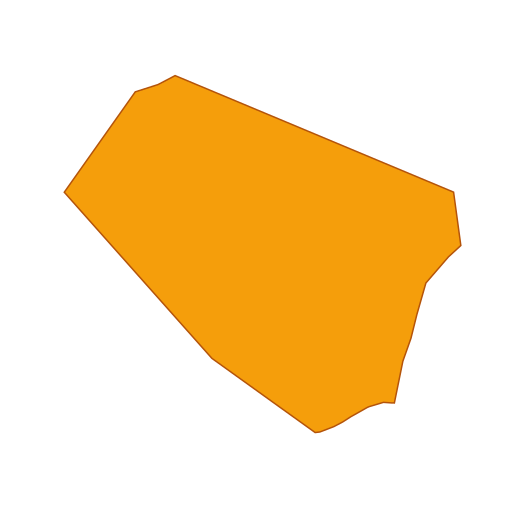 outline of Barh-El-Gazel Nord, Barh El Gazel, Chad, rotated 280°
{"feature_id": "50815135B23579173703051", "entity_name": "Barh-El-Gazel Nord", "entity_type": "district", "adm_level": 2, "iso_a3": "TCD", "parent_name": "Chad", "parent_adm1": "Barh El Gazel", "projection": "mercator", "projection_center": [16.657, 14.849], "detail": "fine", "context": "isolated", "style": "filled", "palette": "amber", "viewbox_px": 512, "rotation_deg": 280, "n_neighbors": 0, "source": "geoboundaries", "source_scale": "gbopen_adm2", "svg_char_len": 503}
<svg xmlns="http://www.w3.org/2000/svg" viewBox="0 0 512 512"><g transform="rotate(280 256 256)"><path d="M419.6,145.0L407.8,129.7L396.7,108.6L285.5,56.1L147.5,230.4L110.2,307.9L95.4,338.7L92.4,344.9L93.8,349.5L101.5,362.3L107.7,370.3L114.1,377.2L126.5,392.3L126.6,392.6L127.1,393.2L134.0,406.9L134.9,415.4L135.3,417.4L135.3,417.7L135.3,417.8L177.9,418.9L201.9,422.9L226.4,424.6L258.9,428.0L288.6,445.7L301.9,455.9L353.2,439.5L419.6,145.0Z" fill="#f59e0b" stroke="#b45309" stroke-width="1.5"/></g></svg>